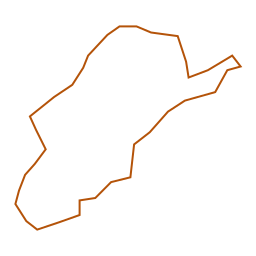 outline of Kampia, Nicosia, Cyprus
{"feature_id": "46923920B79725215059171", "entity_name": "Kampia", "entity_type": "district", "adm_level": 2, "iso_a3": "CYP", "parent_name": "Cyprus", "parent_adm1": "Nicosia", "projection": "orthographic", "projection_center": [33.243, 34.987], "detail": "fine", "context": "isolated", "style": "outline", "palette": "amber", "viewbox_px": 256, "rotation_deg": 0, "n_neighbors": 0, "source": "geoboundaries", "source_scale": "gbopen_adm2", "svg_char_len": 525}
<svg xmlns="http://www.w3.org/2000/svg" viewBox="0 0 256 256"><path d="M240.6,66.5L232.2,55.6L207.9,70.2L188.6,77.5L186.1,61.7L177.7,36.1L151.0,32.5L136.5,26.4L119.5,26.4L107.4,34.9L88.1,55.6L83.2,67.8L72.3,84.8L54.1,97.0L29.9,116.4L36.0,129.8L45.7,149.3L34.8,163.9L25.1,174.8L19.0,190.6L15.4,204.0L26.3,221.1L37.2,229.6L59.0,222.3L79.6,215.0L79.6,200.4L95.3,198.0L111.1,182.1L130.4,177.3L134.1,144.4L149.8,132.2L168.0,111.6L184.9,100.6L215.2,92.1L227.3,70.2L240.6,66.5Z" fill="none" stroke="#b45309" stroke-width="2"/></svg>